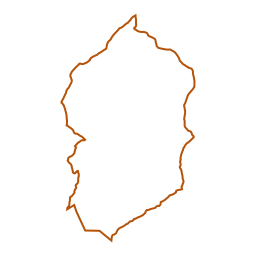 outline of Chengmari, Samchi, Bhutan
{"feature_id": "84629894B7629980605125", "entity_name": "Chengmari", "entity_type": "district", "adm_level": 2, "iso_a3": "BTN", "parent_name": "Bhutan", "parent_adm1": "Samchi", "projection": "orthographic", "projection_center": [89.063, 26.994], "detail": "fine", "context": "isolated", "style": "outline", "palette": "amber", "viewbox_px": 256, "rotation_deg": 0, "n_neighbors": 0, "source": "geoboundaries", "source_scale": "gbopen_adm2", "svg_char_len": 5694}
<svg xmlns="http://www.w3.org/2000/svg" viewBox="0 0 256 256"><path d="M61.5,102.7L62.0,102.9L63.8,105.5L65.0,108.9L66.4,114.3L66.8,119.2L67.0,120.3L67.0,121.3L67.0,122.9L66.9,124.0L66.8,124.8L66.6,125.4L67.3,125.6L68.5,126.4L69.1,127.1L70.3,127.7L71.7,128.8L72.9,129.9L73.3,130.6L73.7,131.8L74.1,132.7L74.9,133.4L75.5,133.7L76.9,133.7L78.7,134.7L79.9,135.7L80.7,136.1L81.3,136.3L82.6,137.3L83.8,138.4L85.1,139.8L84.3,140.3L82.5,140.2L81.0,140.6L80.0,141.5L77.9,142.9L75.0,146.1L75.6,146.8L76.1,147.6L75.6,148.3L75.2,149.3L75.1,150.4L74.7,151.0L74.5,153.0L72.7,155.1L72.2,155.6L70.7,156.5L69.9,156.7L69.5,157.0L68.2,158.1L68.1,159.4L68.0,159.9L67.7,160.4L68.1,160.9L68.3,161.6L68.6,162.2L69.5,163.0L70.4,163.7L71.1,164.6L71.7,165.8L71.7,166.9L72.2,168.6L72.5,169.9L72.7,170.7L72.8,171.5L72.9,172.4L73.7,173.0L74.4,173.4L75.2,173.2L76.0,172.2L76.7,171.6L77.0,171.2L77.9,171.0L78.3,172.9L78.7,173.9L78.8,175.8L78.8,176.3L78.4,177.3L78.2,178.1L78.3,179.0L78.2,180.2L78.2,181.3L78.1,182.0L77.9,182.6L77.7,183.0L77.2,183.7L76.0,184.7L75.6,185.5L75.9,186.4L76.3,187.3L75.9,188.3L75.3,189.2L74.6,190.3L74.4,191.3L74.6,192.0L74.3,193.0L72.5,195.2L71.9,195.9L71.3,196.6L70.4,196.9L70.0,197.6L69.9,198.6L70.0,199.6L69.9,200.8L69.4,202.3L69.4,204.4L69.0,205.9L68.1,206.9L67.4,207.8L67.2,209.3L74.2,205.0L76.4,211.6L85.2,230.5L99.5,230.8L111.4,240.6L111.7,237.5L112.3,235.4L113.1,234.8L114.3,234.5L116.0,233.3L117.1,231.0L117.9,229.7L118.9,228.5L121.0,227.4L122.3,226.8L123.2,226.4L124.9,225.3L125.5,224.8L126.0,224.3L127.1,224.0L128.0,223.5L128.5,222.8L130.2,221.4L132.2,221.0L133.6,219.9L134.1,218.9L135.0,218.9L136.5,218.2L138.5,217.1L140.4,216.5L141.6,215.7L142.5,215.4L143.4,214.7L144.5,213.6L145.3,212.8L145.6,211.9L146.1,210.9L146.7,210.1L148.6,209.9L149.7,209.5L150.3,209.1L154.1,208.2L154.6,208.0L155.5,207.7L156.0,206.9L156.6,206.4L157.6,205.9L158.2,205.8L159.1,206.0L159.5,205.6L160.3,204.9L160.5,204.1L160.7,202.6L161.0,201.9L162.8,201.3L163.1,200.9L164.2,200.3L165.3,199.6L166.0,198.9L166.7,198.4L168.1,197.2L168.9,196.3L169.4,195.6L170.2,195.2L171.3,195.0L172.4,194.5L173.5,194.0L174.9,193.2L175.9,192.4L176.0,191.5L176.4,190.6L177.8,190.2L178.7,189.9L180.2,189.7L182.0,189.2L182.0,188.7L181.7,187.7L181.6,186.3L182.2,185.7L182.3,185.1L182.6,184.5L182.7,183.9L183.2,182.8L183.5,181.9L183.5,181.0L183.2,180.2L182.9,179.2L182.5,177.6L182.6,176.2L182.1,174.4L181.8,172.9L181.7,172.1L181.5,170.7L181.1,169.7L180.6,168.7L180.0,167.9L179.8,167.1L179.9,166.5L180.2,166.1L180.7,164.9L180.6,164.4L180.5,163.2L180.4,162.6L180.1,162.1L180.1,161.4L180.7,159.9L180.8,159.5L180.5,159.0L180.6,157.4L181.0,155.7L181.4,153.9L181.8,153.0L182.4,151.3L182.9,150.2L183.4,148.1L184.2,147.4L184.4,146.7L185.0,145.5L186.1,144.2L186.4,143.6L187.5,142.9L189.5,141.4L193.1,137.9L193.5,137.4L193.8,136.9L193.4,136.0L192.3,135.0L191.1,131.9L189.7,131.1L188.3,130.8L187.8,130.2L186.9,129.1L186.3,128.6L185.1,127.0L184.7,126.0L184.6,124.8L184.7,123.3L184.6,122.0L184.6,120.5L184.1,119.0L184.7,115.9L184.8,114.7L185.1,113.4L185.2,111.2L184.8,109.6L184.6,107.9L184.2,106.5L184.1,105.2L184.3,104.8L185.3,102.8L186.3,99.9L187.0,97.8L187.3,97.1L187.5,96.4L187.7,95.7L188.0,95.1L188.4,94.5L188.8,93.9L190.2,92.2L191.1,91.1L192.1,90.0L192.6,89.5L193.0,88.9L194.1,87.1L194.4,86.4L194.4,85.7L194.4,84.3L194.5,82.1L194.5,81.4L194.4,80.7L194.3,79.9L194.1,79.2L193.8,77.1L193.6,76.4L193.3,75.0L193.1,74.3L193.0,73.6L192.9,72.1L192.9,71.4L192.7,70.7L192.4,70.0L192.1,69.4L191.6,68.8L191.0,68.4L190.3,68.2L189.6,68.1L188.9,67.9L188.3,67.5L187.7,66.9L187.2,66.9L186.2,66.1L185.0,65.3L184.4,64.9L183.2,64.2L182.6,63.8L182.1,63.2L181.7,62.6L181.2,62.1L180.7,61.6L180.1,61.1L179.8,60.5L179.1,58.5L178.8,57.8L178.4,57.2L178.1,56.6L177.3,55.4L176.0,53.6L175.5,53.0L175.1,52.5L174.5,52.0L173.9,51.6L173.3,51.2L170.8,49.9L170.2,49.5L168.6,49.6L167.2,49.6L165.2,49.4L163.9,49.0L162.0,48.8L160.3,48.3L158.4,47.9L157.7,47.2L156.7,46.0L156.5,45.2L156.4,44.2L155.9,43.0L155.8,41.8L155.6,41.2L155.5,40.5L155.3,39.7L155.0,39.1L154.4,38.7L151.9,37.3L150.6,36.7L149.2,36.2L148.6,35.8L148.1,35.3L147.8,34.6L147.6,33.9L147.2,33.3L146.7,32.8L145.3,32.4L144.0,31.9L141.4,32.0L138.9,31.5L137.4,30.9L136.0,29.8L135.0,29.4L134.2,28.6L134.3,27.8L134.9,27.4L135.5,27.0L136.0,25.8L136.2,25.0L136.2,24.3L136.1,23.6L136.0,22.9L136.0,21.4L136.1,20.0L136.0,19.3L135.7,17.8L135.6,17.1L135.5,16.4L135.5,15.4L134.6,15.8L134.1,16.2L133.6,16.5L133.2,16.7L132.7,17.1L132.2,17.5L130.9,19.1L130.6,19.5L130.3,20.3L129.8,20.6L129.3,21.1L128.2,22.2L127.9,22.8L127.2,23.1L126.6,23.5L126.0,23.9L125.4,24.3L124.9,24.8L123.8,25.8L123.3,26.3L122.7,26.7L122.1,27.1L121.5,27.5L120.9,27.8L120.1,28.0L119.5,28.2L119.0,28.8L118.2,29.9L117.7,30.5L114.7,33.6L113.7,34.7L113.3,35.2L112.8,35.8L112.4,36.4L112.0,37.0L111.6,37.6L111.0,38.9L110.6,39.5L110.1,40.0L109.0,41.0L108.5,41.5L108.1,42.1L107.7,42.7L107.4,43.3L107.2,44.0L107.0,44.7L106.6,46.8L106.3,48.3L106.0,48.9L105.4,49.3L104.7,49.5L104.1,49.9L101.2,52.0L100.6,52.3L99.9,52.7L99.3,53.0L98.6,53.4L98.1,53.8L97.6,54.4L97.1,54.8L96.4,55.1L94.4,56.0L93.8,56.3L93.1,56.6L92.5,57.0L91.9,57.4L91.3,57.8L90.7,58.2L90.3,58.7L89.9,60.2L88.8,60.7L88.2,61.5L87.6,61.9L87.1,62.4L86.4,62.7L84.4,63.5L83.9,63.8L82.8,64.1L81.4,64.0L80.8,63.7L79.8,63.7L79.2,63.8L78.6,64.9L77.7,65.5L76.3,66.8L74.5,68.7L73.5,69.8L73.0,70.4L72.1,71.4L71.7,72.0L71.1,73.3L70.7,74.0L70.4,74.7L70.3,75.3L70.4,76.0L70.6,76.7L70.8,77.4L71.3,78.8L71.6,79.5L71.7,80.2L71.8,80.9L71.7,81.6L71.4,82.3L71.2,83.0L70.8,83.6L69.8,85.5L69.5,86.2L69.2,86.9L68.8,87.5L68.4,88.1L67.9,88.5L67.4,89.1L67.0,89.7L66.7,90.3L66.4,91.0L66.2,91.7L66.1,92.4L65.9,93.1L65.6,93.7L64.6,95.7L63.4,98.3L62.7,99.6L62.3,100.2L61.7,101.2L61.5,102.7Z" fill="none" stroke="#b45309" stroke-width="2"/></svg>